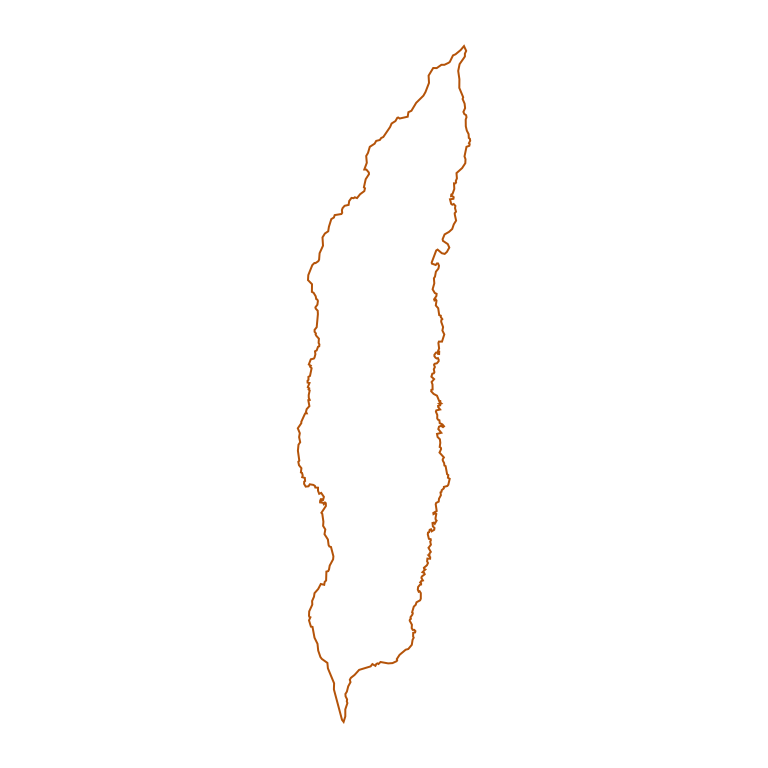 Campos de Júlio, Mato Grosso, Brazil
{"feature_id": "56859067B17254168333074", "entity_name": "Campos de Júlio", "entity_type": "district", "adm_level": 2, "iso_a3": "BRA", "parent_name": "Brazil", "parent_adm1": "Mato Grosso", "projection": "robinson", "projection_center": [-59.168, -13.576], "detail": "fine", "context": "isolated", "style": "outline", "palette": "amber", "viewbox_px": 768, "rotation_deg": 0, "n_neighbors": 0, "source": "geoboundaries", "source_scale": "gbopen_adm2", "svg_char_len": 6092}
<svg xmlns="http://www.w3.org/2000/svg" viewBox="0 0 768 768"><path d="M428.9,538.8L427.8,534.4L428.0,532.6L429.1,532.2L429.7,529.8L431.0,529.3L431.7,531.3L434.2,529.8L434.5,528.0L432.9,526.4L432.5,523.0L433.9,522.6L434.8,523.8L436.6,520.6L435.7,519.7L435.5,518.2L436.3,513.9L435.3,513.2L433.5,514.1L433.3,513.0L436.7,511.0L435.7,504.2L436.2,502.9L438.7,501.6L439.0,498.7L440.9,495.2L440.5,492.4L441.5,491.8L441.7,490.2L443.8,488.4L443.9,486.9L447.3,486.0L448.3,484.8L449.7,478.8L447.9,477.7L448.3,475.1L447.1,474.2L445.6,466.1L444.4,465.5L444.1,463.0L442.8,460.6L442.7,459.3L443.9,457.4L439.5,452.6L441.1,449.0L440.8,447.7L439.7,447.0L440.3,442.9L439.9,439.3L437.6,437.0L437.0,433.9L441.3,432.8L438.3,429.1L439.0,426.7L441.0,425.8L443.0,427.1L444.0,426.3L442.4,424.4L439.7,423.1L439.4,420.3L437.9,419.6L437.2,418.3L437.3,415.0L435.9,411.7L436.3,410.4L440.1,409.5L438.2,407.1L438.1,405.9L440.2,405.3L440.4,404.3L439.5,403.8L441.2,403.4L440.4,402.7L440.2,400.2L439.6,402.1L437.0,395.7L433.6,393.9L431.2,391.3L431.4,389.8L432.6,389.5L432.5,384.5L431.6,382.0L434.1,379.1L431.4,376.7L432.3,373.7L433.8,373.3L434.4,372.2L433.8,369.2L434.9,367.0L434.0,364.9L434.6,363.8L436.9,363.3L438.6,361.3L438.7,359.8L437.9,358.1L436.8,358.5L435.6,357.8L434.4,356.2L434.4,354.8L436.0,352.6L437.5,352.6L438.0,353.9L439.1,354.0L439.2,351.6L438.0,351.2L439.1,348.5L438.4,343.0L438.9,341.6L442.0,341.6L444.3,334.4L442.4,330.5L443.1,327.1L441.2,321.8L441.3,320.1L442.3,319.1L440.8,317.1L440.8,315.7L439.2,315.1L438.2,308.2L435.8,305.5L436.5,300.6L435.9,299.6L434.5,300.4L434.1,299.3L436.4,296.0L436.6,293.8L434.8,293.0L432.6,289.3L434.3,283.3L433.9,278.3L435.0,276.6L435.9,271.7L438.4,268.6L439.0,265.8L438.1,263.5L437.0,263.4L435.7,265.0L431.9,263.6L431.7,262.5L436.2,250.5L437.6,249.6L441.8,253.2L444.7,253.9L446.9,251.9L449.3,247.6L447.8,244.1L443.0,240.9L442.6,239.2L444.6,234.4L449.0,231.9L452.2,229.0L453.8,224.3L456.1,220.6L454.8,214.6L454.7,213.2L456.0,211.7L455.0,208.1L455.4,205.9L453.7,204.0L452.3,204.7L451.2,203.9L450.0,199.3L453.4,198.8L453.7,197.2L452.4,196.1L451.1,196.2L451.3,194.5L452.6,193.8L454.3,188.9L454.0,183.3L455.5,183.3L456.1,182.3L455.8,181.0L456.9,178.4L456.5,173.1L462.1,168.1L465.3,163.2L465.5,159.2L464.5,156.4L466.5,146.8L469.3,145.8L469.7,144.1L468.9,143.2L470.2,140.8L469.9,138.8L468.8,137.9L468.6,134.1L466.8,130.6L465.8,126.3L465.7,119.6L466.5,117.2L466.1,115.2L464.3,114.0L463.4,111.9L465.1,108.1L464.6,103.6L462.6,99.0L463.2,97.3L459.3,87.9L459.4,79.2L458.2,70.9L459.6,64.1L464.9,56.5L464.9,53.6L466.2,50.9L464.0,46.1L460.6,50.1L455.5,54.3L453.0,55.4L449.8,61.9L448.6,62.8L444.4,64.8L441.4,64.8L436.7,68.1L433.2,68.0L428.6,75.6L429.0,82.9L425.5,92.0L423.4,95.7L416.2,102.8L411.4,110.8L408.4,112.2L407.7,116.7L399.7,118.5L398.2,117.5L397.3,117.8L395.4,121.1L391.6,123.5L390.1,127.0L383.3,137.0L381.2,138.0L379.8,140.0L376.2,140.9L374.6,143.7L369.8,146.8L368.0,152.9L366.2,156.0L366.8,162.8L364.3,169.5L366.4,169.6L368.8,172.5L369.0,174.1L365.7,179.2L363.9,187.3L365.0,188.3L364.3,191.1L360.1,194.2L357.0,198.1L354.8,197.3L353.6,198.2L351.5,197.9L349.2,201.0L348.6,204.9L344.6,205.8L342.6,208.1L341.9,210.1L342.2,212.8L341.4,214.0L334.7,215.1L333.9,217.5L331.3,219.1L328.9,226.8L328.2,231.3L324.9,233.5L322.5,237.4L323.0,245.7L319.6,253.2L319.1,259.7L318.3,261.2L315.5,263.1L314.4,263.0L312.3,265.1L308.3,275.1L308.0,280.1L312.0,284.2L311.9,291.9L313.6,292.8L315.7,296.3L316.2,299.0L317.3,299.6L317.9,301.0L317.4,304.7L315.4,307.3L315.7,308.6L317.7,310.7L317.9,314.1L316.7,327.2L314.6,329.8L314.6,331.8L315.9,333.4L315.6,334.5L316.4,335.9L318.9,338.7L318.6,342.9L319.4,344.4L319.2,346.3L318.0,346.8L316.7,350.4L315.0,351.3L315.4,354.2L314.5,357.6L313.8,358.6L310.8,359.3L308.8,364.5L310.8,365.7L310.1,366.7L311.6,368.2L310.0,375.9L308.4,376.9L308.5,379.7L307.5,380.9L307.6,382.6L309.5,383.0L307.8,387.2L309.2,388.3L308.6,389.5L309.7,390.4L308.7,395.1L308.8,397.9L309.7,399.9L308.3,400.2L309.4,406.1L306.7,409.1L306.0,411.8L306.7,413.3L305.3,413.3L304.7,414.3L301.3,421.8L301.3,423.2L297.8,428.3L299.8,433.2L299.1,437.1L300.2,442.2L298.5,444.7L297.9,450.7L299.3,460.7L298.3,461.8L299.0,465.2L301.4,468.2L300.9,472.4L302.0,472.9L302.7,475.3L302.2,477.2L304.8,477.9L305.1,481.0L304.2,481.6L304.1,483.9L305.7,486.6L308.5,486.3L309.8,484.3L313.3,484.9L314.9,485.9L315.3,487.5L318.0,487.7L318.0,490.7L319.2,493.8L321.2,492.9L323.9,496.9L323.0,500.1L322.0,500.4L322.0,499.2L320.8,499.2L320.1,501.0L320.1,502.4L323.1,502.8L323.8,504.1L325.0,502.5L325.8,503.2L325.9,506.0L321.4,512.8L322.3,513.9L323.4,521.7L323.1,525.9L325.3,529.4L324.5,534.2L327.9,539.5L328.6,545.1L329.4,546.5L331.0,547.0L333.4,556.3L333.1,559.3L329.7,565.6L329.0,569.5L328.2,571.1L326.4,571.6L326.1,580.5L324.7,581.9L324.2,584.8L320.8,584.0L318.2,589.0L314.5,593.2L314.0,596.7L312.1,601.0L312.3,604.6L309.2,611.4L309.0,615.7L309.3,616.8L310.4,617.3L309.0,620.3L310.9,626.6L312.5,626.9L314.5,637.7L317.5,643.8L318.2,650.6L320.4,657.0L321.8,658.9L327.4,662.9L327.9,668.3L334.1,683.3L333.9,689.4L342.0,719.8L343.6,721.9L345.3,716.4L345.3,709.4L347.4,703.1L346.8,701.4L347.1,699.4L345.6,696.4L345.4,694.0L346.9,691.6L348.2,686.4L350.5,682.1L349.8,679.8L350.9,677.8L354.6,674.9L359.1,669.9L370.6,666.4L372.4,664.1L375.4,665.8L376.4,663.9L377.5,663.4L378.5,664.0L380.5,662.0L388.2,663.4L392.5,663.1L396.6,661.2L397.2,660.2L396.8,659.1L399.6,654.8L405.7,649.7L408.3,649.0L411.8,644.8L412.6,639.7L413.7,637.7L413.1,636.4L413.2,632.8L415.1,632.4L415.4,631.1L414.3,629.9L412.7,629.9L411.7,628.1L411.9,624.7L409.7,620.7L409.9,619.5L410.9,618.8L410.5,617.2L412.4,614.6L412.8,613.1L412.1,612.3L413.8,606.6L415.7,604.8L416.5,602.3L420.1,600.3L420.8,598.7L420.8,593.1L419.6,591.2L418.7,591.7L417.8,589.7L418.1,587.0L420.0,584.7L421.1,584.5L421.1,583.1L420.2,582.4L421.3,581.0L422.9,580.5L421.4,577.9L421.8,576.5L424.7,574.3L424.2,573.0L422.5,572.2L425.3,569.5L424.2,569.0L423.9,567.8L426.9,565.3L428.0,563.0L427.1,561.4L427.4,558.6L430.1,558.7L430.2,557.2L428.4,555.2L429.5,554.8L429.3,553.8L430.8,551.9L428.5,547.8L430.9,544.7L430.2,541.6L430.8,540.5L430.7,539.2L428.9,538.8Z" fill="none" stroke="#b45309" stroke-width="2"/></svg>